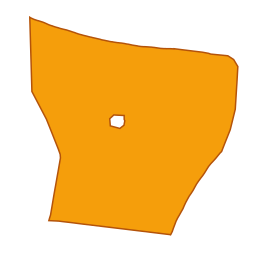 outline of Tuban, Lahij, Yemen, rotated 94°
{"feature_id": "15242507B16919721159288", "entity_name": "Tuban", "entity_type": "district", "adm_level": 2, "iso_a3": "YEM", "parent_name": "Yemen", "parent_adm1": "Lahij", "projection": "mercator", "projection_center": [44.806, 13.084], "detail": "fine", "context": "isolated", "style": "filled", "palette": "amber", "viewbox_px": 256, "rotation_deg": 94, "n_neighbors": 0, "source": "geoboundaries", "source_scale": "gbopen_adm2", "svg_char_len": 2480}
<svg xmlns="http://www.w3.org/2000/svg" viewBox="0 0 256 256"><g transform="rotate(94 128 128)"><path d="M225.9,200.5L225.7,190.6L225.9,187.3L226.3,178.5L227.0,166.3L229.0,125.9L231.4,79.0L231.6,78.1L231.0,77.8L227.9,76.5L227.7,76.5L224.4,75.6L221.1,74.6L217.7,73.6L214.3,72.2L211.3,70.7L207.9,69.1L204.8,67.6L201.6,66.5L198.2,65.2L194.9,63.7L191.7,62.2L188.7,60.4L185.6,58.7L182.5,57.3L179.1,55.7L176.0,53.9L173.0,52.0L170.2,50.1L167.1,48.3L164.0,46.7L160.8,45.0L157.8,42.9L155.0,40.6L152.2,38.4L149.2,36.3L146.4,34.3L145.0,33.0L137.6,30.7L122.6,25.9L101.8,22.3L78.5,22.5L75.7,22.5L67.6,22.6L61.1,22.7L59.1,22.7L52.3,27.4L52.1,27.8L49.0,33.4L48.9,36.1L48.5,50.6L47.9,52.8L47.2,59.0L46.2,78.5L45.7,87.6L45.9,87.6L45.9,88.1L45.9,89.2L45.9,90.3L45.9,91.4L46.0,92.8L46.1,94.0L46.2,95.2L46.2,96.5L46.3,97.7L46.3,98.8L46.3,100.1L46.3,101.2L46.2,102.4L46.1,103.8L46.0,105.0L45.9,106.4L45.8,107.6L45.8,108.8L45.7,109.9L45.7,111.3L45.7,111.7L45.7,112.7L45.7,113.9L45.7,115.3L45.7,116.5L45.8,117.9L45.8,119.3L45.8,120.7L45.7,122.1L45.6,123.5L45.4,124.7L45.3,125.9L45.2,127.1L45.1,128.3L45.0,129.4L44.8,130.7L44.6,132.1L44.4,133.3L44.3,134.9L44.2,136.0L44.0,137.1L43.9,138.4L43.8,139.6L43.7,140.8L43.7,142.2L43.6,143.3L43.6,144.5L43.5,145.8L43.4,147.0L43.3,148.3L43.1,149.7L43.1,150.8L43.0,151.9L42.8,153.2L42.6,154.4L42.5,155.5L42.3,156.7L42.1,158.2L42.0,159.3L41.8,160.6L41.5,161.8L41.3,162.9L41.1,164.3L40.9,165.5L40.7,166.7L40.5,168.1L40.3,169.5L40.0,171.0L39.9,172.0L39.7,173.2L39.5,174.3L39.2,175.7L39.0,177.0L38.8,178.2L38.6,179.4L38.3,180.6L38.1,181.8L37.9,182.9L37.6,184.2L37.3,185.2L37.0,186.5L36.6,187.6L36.3,188.9L36.0,190.2L35.7,191.3L35.4,192.4L35.1,193.7L34.8,194.9L34.5,196.1L34.3,197.3L34.1,198.6L33.9,199.8L33.7,200.9L33.5,202.1L33.2,203.4L32.9,204.5L32.6,206.0L32.4,207.1L32.1,208.2L31.8,209.5L31.4,210.7L31.2,211.8L30.9,212.9L30.6,214.0L30.2,215.1L29.7,216.4L29.3,217.5L28.9,218.6L28.5,219.8L28.2,220.9L27.9,222.2L27.6,223.4L27.3,224.6L27.1,225.9L26.8,227.0L26.5,228.2L26.2,229.3L25.8,230.4L25.4,231.5L25.0,232.5L24.5,233.5L24.4,233.7L91.2,227.1L98.3,226.4L124.9,210.0L131.1,207.0L131.9,206.6L152.1,196.9L154.4,195.8L154.5,195.8L157.4,194.5L159.1,193.8L160.5,193.6L162.6,193.3L177.2,194.8L179.8,195.1L190.4,196.2L193.0,196.5L200.7,197.3L212.2,198.4L220.2,199.2L223.5,200.0L224.1,200.1L225.9,200.5ZM116.0,143.1L115.8,132.7L119.7,132.4L121.0,131.7L125.5,132.2L129.0,136.1L127.1,145.8L120.0,146.9L116.0,143.1Z" fill="#f59e0b" stroke="#b45309" stroke-width="1.5"/></g></svg>